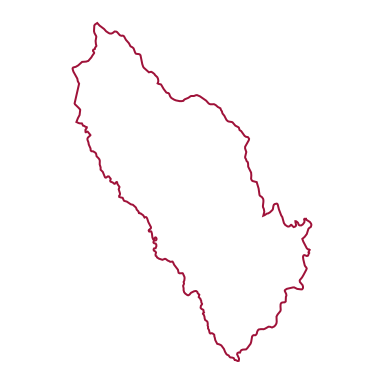 Son Tay, Kon Tum, Vietnam (Natural Earth projection)
{"feature_id": "81297802B56181672233009", "entity_name": "Son Tay", "entity_type": "district", "adm_level": 2, "iso_a3": "VNM", "parent_name": "Vietnam", "parent_adm1": "Kon Tum", "projection": "natural_earth1", "projection_center": [108.348, 14.969], "detail": "fine", "context": "isolated", "style": "outline", "palette": "rose", "viewbox_px": 384, "rotation_deg": 0, "n_neighbors": 0, "source": "geoboundaries", "source_scale": "gbopen_adm2", "svg_char_len": 5968}
<svg xmlns="http://www.w3.org/2000/svg" viewBox="0 0 384 384"><path d="M234.7,360.0L235.7,360.1L237.7,361.0L238.7,360.9L239.0,359.6L239.0,358.5L237.1,354.3L237.4,353.2L238.4,352.5L240.0,352.6L240.7,350.9L241.4,350.1L242.9,349.6L246.0,349.4L247.2,348.3L250.6,343.7L251.2,341.8L252.1,336.5L252.8,335.6L253.8,335.1L255.1,335.3L256.0,334.8L256.8,333.6L257.1,332.0L257.8,330.4L258.7,329.5L261.0,329.1L263.7,329.2L265.2,328.6L268.5,326.7L270.1,326.8L272.0,327.5L274.3,326.4L275.5,325.1L276.4,323.5L276.7,321.8L276.5,316.6L277.6,314.5L280.3,311.2L280.7,309.9L280.5,306.4L280.6,304.2L281.1,303.2L281.7,302.7L283.0,302.4L284.7,302.3L285.7,301.5L285.9,296.9L286.4,295.6L286.2,294.0L284.8,291.0L284.8,290.4L285.3,289.8L287.0,288.8L293.1,287.4L294.2,287.4L297.2,288.9L301.2,289.4L302.1,289.3L302.7,288.6L303.0,287.9L303.0,286.7L302.6,285.2L299.9,282.0L299.7,280.6L299.9,280.0L302.0,277.5L303.7,274.6L306.2,269.9L306.7,268.6L306.3,267.5L305.3,266.4L304.7,265.2L303.3,259.4L303.0,256.9L303.4,255.6L303.9,255.2L304.4,255.1L306.9,256.0L307.9,255.7L308.2,255.3L308.5,254.2L309.2,253.0L308.5,252.2L309.7,249.9L309.0,249.4L307.9,249.3L306.8,248.3L303.3,241.6L302.3,238.9L304.7,236.8L306.8,234.0L308.4,228.9L309.0,228.2L310.9,226.8L311.4,224.9L311.1,223.7L309.9,222.0L306.0,219.5L306.0,218.8L304.5,218.8L304.1,219.3L304.5,220.9L304.3,222.4L302.8,224.4L301.3,225.4L299.7,225.4L299.1,225.1L298.6,224.6L298.2,223.2L297.6,222.4L296.2,221.3L295.4,221.2L295.4,222.0L296.1,225.0L295.9,225.8L295.1,226.6L293.7,227.1L292.3,225.9L291.5,224.9L290.9,224.9L289.5,226.3L288.1,226.6L287.3,226.3L285.2,224.9L283.9,223.0L282.3,217.1L281.2,215.4L278.9,209.3L277.8,204.8L277.4,204.0L276.8,203.6L274.9,204.0L273.9,204.7L273.4,206.0L272.9,209.1L272.4,210.0L270.0,212.3L268.2,213.4L266.9,213.6L264.7,215.1L263.3,215.7L264.3,211.8L263.8,208.9L263.0,207.1L262.9,206.1L263.4,201.8L263.4,200.0L263.1,198.8L262.0,197.2L259.9,195.7L259.5,195.0L258.6,188.5L256.7,182.1L252.8,181.1L252.0,180.6L251.4,179.6L251.1,178.8L251.3,175.4L251.1,172.6L248.2,166.7L248.1,163.9L247.8,162.2L246.7,161.2L245.7,158.6L245.2,157.9L245.1,157.0L246.3,152.0L245.1,148.5L245.1,146.8L248.8,140.2L249.1,138.9L248.2,137.4L247.8,137.1L246.0,136.8L244.6,135.9L241.2,131.1L239.6,130.1L238.9,127.8L238.5,127.3L235.3,125.6L232.5,122.3L231.7,122.0L228.6,121.5L227.7,121.1L226.4,119.8L224.3,115.7L222.6,113.6L222.2,112.6L222.0,111.5L221.0,110.0L220.4,108.3L217.9,107.0L215.6,105.0L214.0,104.2L210.7,104.3L209.5,104.0L208.6,103.4L206.1,100.6L199.9,96.3L197.0,95.1L196.0,95.2L193.9,96.0L191.4,96.0L190.6,96.2L188.4,97.8L184.8,99.3L183.8,100.1L183.4,100.8L181.8,101.1L179.5,101.1L176.0,100.4L174.2,99.7L171.4,98.0L170.2,96.5L169.1,93.7L168.4,93.1L167.3,92.9L166.3,92.5L163.6,88.9L161.3,84.9L160.9,84.4L158.6,83.9L157.6,83.4L158.2,81.9L158.3,80.6L158.0,78.8L157.3,77.2L155.0,75.0L154.4,74.0L152.4,72.4L151.1,71.8L148.9,72.3L143.8,67.7L143.2,66.8L142.3,64.2L140.5,55.3L139.7,54.4L138.9,54.1L136.2,53.8L135.7,53.5L135.1,52.5L133.6,48.4L132.4,47.3L130.5,46.3L128.9,43.2L125.9,39.8L124.0,36.3L122.8,35.6L121.4,35.8L119.8,35.2L117.1,32.1L116.2,31.6L114.6,31.5L112.7,33.0L111.5,33.5L109.8,33.5L108.8,33.1L106.1,31.3L104.1,29.0L99.6,25.6L97.2,23.0L94.9,24.6L94.3,25.6L94.0,31.2L94.5,33.1L96.1,36.0L96.3,36.8L95.6,40.9L95.9,43.9L96.4,45.9L95.1,47.7L94.8,49.1L93.4,49.6L93.0,50.4L93.0,51.0L94.1,52.5L94.1,53.2L92.3,55.7L91.4,57.3L88.3,60.9L86.1,61.6L82.1,61.9L78.2,65.4L75.8,66.8L73.2,67.5L72.6,68.3L72.7,69.3L73.4,71.6L77.3,78.6L77.8,81.2L79.1,83.7L74.6,103.4L75.0,104.3L78.6,107.8L80.0,109.4L80.2,109.9L79.6,115.0L77.9,118.2L76.4,122.0L78.7,123.1L80.0,123.4L81.9,123.4L83.1,125.7L84.2,125.9L85.3,126.7L86.8,127.2L86.8,127.8L85.4,129.9L85.5,132.0L85.9,132.3L87.0,131.6L87.7,131.7L90.4,135.0L90.4,135.3L87.9,137.6L87.4,138.9L87.5,139.9L88.4,142.3L88.8,144.6L90.5,148.4L90.7,150.4L91.4,151.2L93.3,151.4L95.5,152.8L96.1,153.8L96.6,156.3L98.5,158.2L99.4,159.4L99.8,160.8L99.7,164.5L100.6,167.3L100.6,169.7L102.8,171.9L104.9,177.1L105.4,177.6L106.1,177.6L107.8,176.4L108.8,176.4L110.7,178.8L110.6,179.6L110.2,180.4L110.2,181.0L110.6,181.7L112.6,182.4L114.3,183.8L115.1,183.6L115.7,182.7L116.4,182.1L116.8,182.0L117.1,182.3L117.5,184.1L119.5,187.0L118.7,189.3L120.0,193.5L119.9,194.8L119.1,195.9L119.2,196.9L120.5,197.4L122.6,197.8L123.9,200.6L124.3,200.9L126.8,201.6L130.8,204.3L132.9,204.8L135.7,207.3L136.4,208.5L136.6,209.5L138.4,211.4L138.9,213.0L139.6,212.9L140.3,213.6L140.9,213.6L143.3,215.4L144.5,217.5L145.1,217.1L146.3,217.2L147.1,218.3L148.4,222.2L151.0,227.2L150.8,228.4L148.9,230.0L148.7,230.6L149.0,231.4L149.3,231.6L150.9,231.3L151.3,231.6L151.9,233.4L152.4,237.5L153.1,239.2L153.7,239.1L155.3,237.4L156.0,237.6L156.5,238.4L156.5,239.5L156.3,239.9L155.8,240.4L154.3,240.4L153.9,240.8L153.4,242.2L153.7,242.9L154.3,243.3L155.7,243.6L156.3,244.7L156.4,246.1L155.6,248.2L154.1,248.4L153.6,249.3L153.8,250.5L155.5,251.6L156.0,252.5L155.5,254.7L155.7,255.8L156.6,256.4L157.0,257.4L158.8,258.6L162.4,259.8L165.0,258.8L166.2,259.3L167.6,260.5L168.7,260.9L170.2,261.8L172.5,261.6L173.2,262.6L174.1,264.7L177.9,269.7L178.6,272.8L179.5,273.3L182.6,273.2L182.9,273.5L184.4,276.8L184.6,278.0L184.3,280.5L183.6,282.0L184.0,283.2L183.9,284.0L183.1,285.9L183.6,288.2L183.6,290.3L184.2,292.3L185.4,293.7L187.4,295.1L188.2,295.3L189.4,294.7L191.0,292.8L194.0,291.3L195.5,291.0L196.3,291.1L197.3,291.9L197.8,293.3L199.3,294.7L198.7,297.1L200.4,298.8L200.5,299.6L201.1,300.4L201.4,302.6L202.1,303.9L202.0,304.3L200.9,305.8L200.6,307.8L201.5,308.9L203.1,309.7L203.5,310.2L203.5,311.2L204.0,312.5L203.0,313.3L202.9,313.8L203.9,315.0L204.5,316.9L204.6,318.2L205.1,319.9L206.9,321.2L207.5,322.0L207.8,324.1L207.6,325.3L208.1,326.9L208.0,328.3L209.0,330.1L209.6,332.8L210.3,333.5L211.6,333.2L212.5,333.4L214.1,334.6L214.3,335.1L214.3,336.3L214.7,337.4L215.3,340.2L217.2,343.8L219.4,344.4L221.3,345.4L223.9,348.9L225.1,351.9L226.4,354.1L227.2,354.8L228.6,355.4L229.7,356.9L230.3,357.4L232.2,357.6L233.7,358.1L234.7,360.0Z" fill="none" stroke="#9f1239" stroke-width="2"/></svg>